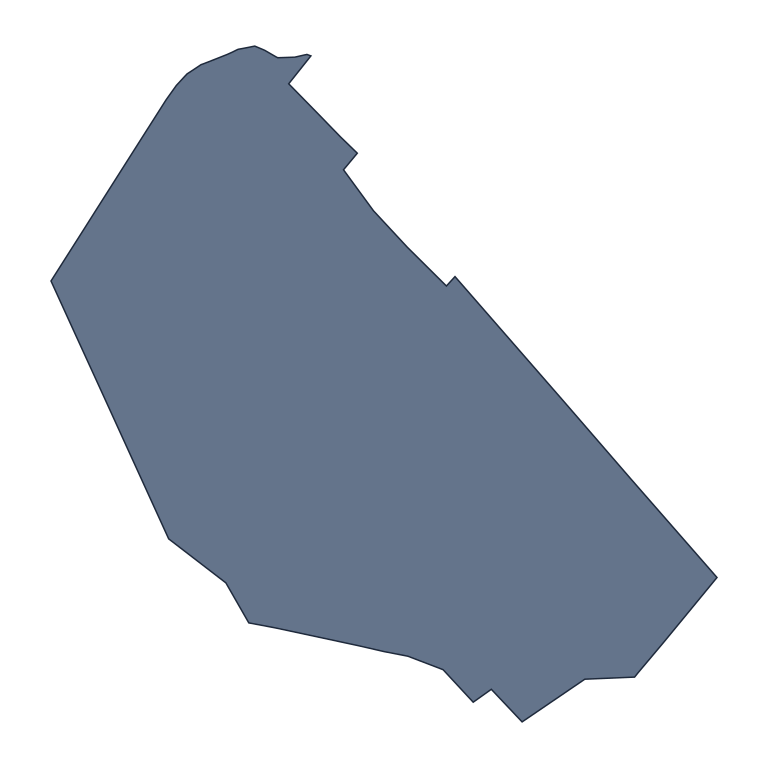 Lanús, Ciudad de Buenos Aires, Argentina (Equal Earth projection)
{"feature_id": "61730980B82567739160952", "entity_name": "Lanús", "entity_type": "district", "adm_level": 2, "iso_a3": "ARG", "parent_name": "Argentina", "parent_adm1": "Ciudad de Buenos Aires", "projection": "equal_earth", "projection_center": [-58.404, -34.702], "detail": "fine", "context": "isolated", "style": "filled", "palette": "slate", "viewbox_px": 768, "rotation_deg": 0, "n_neighbors": 0, "source": "geoboundaries", "source_scale": "gbopen_adm2", "svg_char_len": 977}
<svg xmlns="http://www.w3.org/2000/svg" viewBox="0 0 768 768"><path d="M51.0,281.0L74.9,333.4L102.5,393.7L168.7,538.9L225.9,582.9L248.8,622.9L274.9,627.8L358.0,645.6L384.1,651.6L407.8,656.2L443.1,669.7L473.2,702.2L491.3,689.3L522.1,721.9L584.8,679.2L634.6,677.1L638.2,672.6L663.2,642.9L717.0,577.5L630.4,478.4L620.2,466.6L563.7,401.3L455.0,276.6L446.4,286.0L407.2,247.1L373.5,210.8L343.5,169.8L357.3,153.2L340.4,136.8L327.3,123.3L321.8,117.6L298.5,93.8L288.7,83.8L310.9,55.9L307.1,54.5L306.9,54.4L306.4,54.6L304.7,54.9L294.6,57.2L293.8,57.2L281.8,57.6L278.4,57.7L277.6,57.7L277.1,57.4L276.1,56.9L264.7,50.3L263.1,49.6L257.4,47.2L254.8,46.1L252.1,46.6L249.8,47.1L243.6,48.3L241.4,48.7L238.1,49.3L236.6,50.0L232.4,52.1L227.3,54.4L215.7,59.0L202.9,64.0L201.1,64.6L197.4,67.1L190.9,71.4L187.5,73.6L187.1,73.9L186.8,74.1L186.7,74.3L184.6,76.5L176.3,85.5L166.1,99.8L148.3,127.8L146.5,130.6L97.6,207.6L84.0,229.1L51.0,281.0Z" fill="#64748b" stroke="#1e293b" stroke-width="1.5"/></svg>